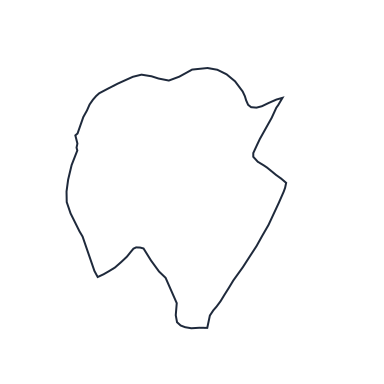 San Rafael Pie de la Cuesta, San Marcos, Guatemala, rotated 155°
{"feature_id": "79465075B609636359228", "entity_name": "San Rafael Pie de la Cuesta", "entity_type": "district", "adm_level": 2, "iso_a3": "GTM", "parent_name": "Guatemala", "parent_adm1": "San Marcos", "projection": "albers", "projection_center": [-91.914, 14.933], "detail": "fine", "context": "isolated", "style": "outline", "palette": "slate", "viewbox_px": 384, "rotation_deg": 155, "n_neighbors": 0, "source": "geoboundaries", "source_scale": "gbopen_adm2", "svg_char_len": 1305}
<svg xmlns="http://www.w3.org/2000/svg" viewBox="0 0 384 384"><g transform="rotate(155 192 192)"><path d="M70.2,239.1L76.4,240.1L84.8,240.3L92.4,240.2L97.9,241.2L102.6,243.9L104.3,247.3L104.2,252.2L103.6,256.4L103.6,259.8L103.6,261.7L106.2,274.1L110.9,284.0L117.4,292.1L125.7,297.9L140.2,302.9L154.8,301.9L165.9,302.8L174.4,309.0L179.8,314.0L188.2,319.7L196.9,321.4L203.7,321.5L213.6,321.6L224.3,321.2L234.4,320.7L238.3,319.5L242.8,317.5L247.8,314.6L252.7,310.3L258.8,305.9L271.0,293.4L273.8,292.6L275.0,286.3L275.4,284.3L277.9,281.0L278.4,278.1L289.7,267.3L299.0,255.6L305.5,245.5L309.8,235.8L311.1,223.9L310.6,203.9L310.0,197.9L313.8,161.7L313.4,154.8L306.9,154.8L301.0,155.3L293.8,156.1L285.6,158.5L278.3,160.9L272.8,163.6L269.0,165.4L266.0,165.4L262.4,163.5L259.8,161.3L258.1,147.2L255.5,133.9L252.2,125.4L252.8,97.7L258.8,87.2L260.6,80.3L258.7,75.8L255.4,72.4L250.2,68.8L242.6,65.8L235.6,62.4L228.0,72.5L222.6,75.8L218.1,77.8L212.2,81.0L205.9,85.2L199.2,89.5L191.9,94.4L177.8,102.3L166.2,109.6L156.4,115.7L146.6,122.8L136.6,129.8L117.9,145.5L108.8,153.5L105.9,156.4L102.8,160.5L105.4,166.2L108.6,171.9L113.7,182.5L115.7,185.8L119.6,191.6L121.6,198.0L120.0,201.4L112.9,207.4L108.2,211.3L99.2,217.8L88.5,225.5L79.9,232.8L77.2,234.3L70.2,239.1Z" fill="none" stroke="#1e293b" stroke-width="2"/></g></svg>